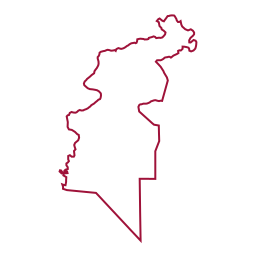 outline of Serrano do Maranhão, Maranhão, Brazil
{"feature_id": "56859067B78224443987075", "entity_name": "Serrano do Maranhão", "entity_type": "district", "adm_level": 2, "iso_a3": "BRA", "parent_name": "Brazil", "parent_adm1": "Maranhão", "projection": "robinson", "projection_center": [-45.009, -1.886], "detail": "fine", "context": "isolated", "style": "outline", "palette": "rose", "viewbox_px": 256, "rotation_deg": 0, "n_neighbors": 0, "source": "geoboundaries", "source_scale": "gbopen_adm2", "svg_char_len": 3159}
<svg xmlns="http://www.w3.org/2000/svg" viewBox="0 0 256 256"><path d="M66.7,116.4L67.8,122.1L67.6,126.9L68.9,129.4L71.8,129.9L75.0,131.9L77.3,134.2L78.7,134.9L79.1,137.7L78.2,140.3L75.1,142.9L74.2,145.0L74.7,146.9L75.5,149.3L74.0,151.0L74.5,155.4L73.8,156.7L71.7,156.7L69.9,155.2L68.2,156.0L68.2,159.4L68.9,161.1L67.9,162.4L66.4,163.5L66.4,165.3L67.7,167.2L67.8,169.0L65.5,169.7L64.7,170.5L65.8,171.3L67.1,171.5L67.5,173.1L65.3,173.3L64.2,172.2L62.3,172.3L61.1,170.5L60.0,170.3L59.6,171.5L60.5,172.3L61.6,173.4L63.9,173.4L63.4,175.4L66.3,177.1L66.2,178.8L66.1,180.1L66.1,181.9L65.5,185.2L63.6,184.9L62.3,184.4L63.1,186.8L63.0,188.8L66.9,190.1L96.0,192.9L111.4,209.4L130.9,230.3L140.6,240.6L140.5,234.7L140.1,210.6L140.1,209.3L139.7,178.8L143.8,178.8L145.8,178.8L155.3,178.9L155.3,151.2L159.2,141.1L159.1,137.3L159.0,134.1L158.8,125.5L154.0,124.7L152.2,123.2L142.1,114.1L139.2,111.5L138.4,106.9L139.2,105.1L140.3,104.3L141.4,104.3L143.3,103.7L144.4,103.7L146.8,103.6L148.9,102.8L150.0,102.2L150.9,101.4L152.4,100.9L154.2,100.3L155.6,100.2L157.2,100.7L159.0,101.1L160.5,100.7L162.1,100.9L167.8,80.5L166.9,77.4L165.8,75.6L164.0,72.6L163.5,71.2L160.7,66.8L159.5,65.5L158.6,64.5L155.9,61.7L157.0,60.3L159.0,60.2L160.5,60.3L161.6,59.9L163.5,58.8L164.6,57.7L166.0,57.3L167.2,57.2L168.5,56.8L169.7,56.8L170.9,57.6L172.1,56.7L173.4,55.6L175.4,54.7L177.1,53.9L178.4,53.1L178.1,50.9L179.3,50.3L180.8,50.5L181.7,49.7L182.6,48.8L182.6,46.6L184.3,46.7L186.6,47.1L188.5,47.7L189.1,48.7L189.4,50.7L191.1,51.4L193.5,50.5L195.3,48.6L195.9,46.6L196.2,44.8L196.4,42.1L195.6,40.7L193.6,40.0L190.6,42.5L189.3,42.4L189.2,40.3L190.5,37.9L193.1,35.6L194.1,34.2L194.1,32.5L192.9,30.7L190.8,29.3L188.0,30.4L185.2,29.2L182.2,26.5L181.3,24.5L180.6,21.1L179.5,21.9L178.0,22.0L176.8,20.5L176.3,18.8L175.6,17.7L174.9,16.4L174.1,15.5L172.7,15.4L171.3,15.4L170.0,15.6L168.8,16.0L167.6,16.1L166.0,18.4L164.7,20.1L163.9,21.3L162.4,20.8L159.6,18.5L158.4,19.1L156.8,21.0L158.8,22.2L159.5,26.0L161.4,28.0L161.7,29.4L163.6,30.6L165.5,32.4L165.1,34.3L164.2,35.5L162.4,37.4L160.6,37.9L159.0,37.7L156.2,38.1L155.1,36.9L153.6,36.4L152.1,37.0L148.8,37.9L148.4,39.0L147.0,39.4L145.7,39.4L144.6,39.5L143.6,39.0L140.4,38.7L139.0,38.9L137.3,39.3L137.1,41.2L136.5,42.8L135.6,43.2L134.6,42.7L133.0,43.0L131.3,43.3L129.5,44.3L128.2,45.4L126.9,46.0L125.5,47.1L124.0,48.0L122.8,48.5L121.1,48.9L119.7,48.5L118.5,48.1L117.5,48.5L116.3,49.2L115.7,50.9L114.7,50.1L113.1,50.5L111.1,50.7L109.3,50.1L107.7,49.8L106.6,50.1L104.8,50.9L103.4,51.1L102.3,51.4L100.8,51.8L99.6,52.7L99.4,54.4L98.7,56.0L97.7,57.1L97.7,58.6L98.1,59.9L98.5,61.5L98.6,63.7L98.2,65.5L97.7,66.4L96.8,68.1L95.5,69.7L94.5,71.2L94.1,73.3L91.7,75.0L89.9,76.7L87.0,79.0L86.3,80.0L84.7,81.5L83.9,83.5L84.3,85.2L86.2,86.9L87.7,88.2L89.8,89.1L92.8,89.4L95.6,89.9L97.2,90.3L99.0,91.4L100.8,93.4L101.0,95.2L100.8,96.8L100.5,98.1L100.0,99.1L98.4,99.7L97.4,100.7L95.4,102.3L94.0,103.6L92.8,104.3L91.3,105.2L90.2,106.5L88.9,107.4L88.0,108.2L86.3,109.1L84.3,109.8L83.2,110.4L81.3,110.5L79.8,110.0L78.3,110.7L77.4,111.6L76.5,112.3L75.4,112.7L73.2,112.5L71.6,112.0L69.8,112.9L69.0,115.0L67.7,115.3L66.7,116.4Z" fill="none" stroke="#9f1239" stroke-width="2"/></svg>